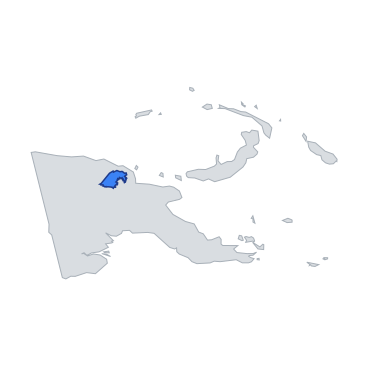 location of Middle Ramu District, Madang, Papua New Guinea, rotated 346°
{"feature_id": "67681753B72942369161331", "entity_name": "Middle Ramu District", "entity_type": "district", "adm_level": 2, "iso_a3": "PNG", "parent_name": "Papua New Guinea", "parent_adm1": "Madang", "projection": "mercator", "projection_center": [144.728, -4.954], "detail": "fine", "context": "in_parent", "style": "filled", "palette": "blue", "viewbox_px": 384, "rotation_deg": 346, "n_neighbors": 0, "source": "geoboundaries", "source_scale": "gbopen_adm2", "svg_char_len": 6225}
<svg xmlns="http://www.w3.org/2000/svg" viewBox="0 0 384 384"><g transform="rotate(346 192 192)"><path d="M45.5,243.7L45.5,199.7L43.3,196.4L45.5,188.6L45.5,114.7L49.7,115.1L69.9,124.1L83.6,128.8L95.4,130.9L106.4,138.3L114.5,138.7L126.6,149.1L131.4,149.8L139.9,158.4L140.4,165.5L139.5,169.9L152.5,174.1L164.9,180.1L171.6,180.8L175.4,182.9L180.0,188.0L180.9,194.9L178.2,196.1L166.6,196.0L163.3,198.3L168.0,209.1L178.5,219.0L186.4,223.5L188.8,232.5L192.8,235.3L195.4,242.4L199.5,243.1L207.5,242.0L208.8,245.0L207.6,249.5L208.8,251.3L223.5,255.1L218.6,257.4L220.9,261.6L230.5,265.1L236.5,266.5L240.1,266.0L235.9,268.1L232.1,267.5L231.4,268.1L233.0,269.8L236.1,271.7L232.8,274.1L229.6,274.4L223.7,272.9L218.5,268.4L202.4,266.4L196.8,264.5L192.4,265.2L179.4,262.7L175.1,259.6L172.3,254.8L164.6,249.1L162.8,246.3L163.5,242.5L161.4,243.1L157.0,240.4L145.2,222.9L139.2,220.5L124.3,217.5L122.1,214.1L115.2,212.8L113.6,215.1L107.9,216.6L103.1,214.9L98.3,210.7L104.0,220.3L102.0,220.3L102.9,221.8L101.8,222.0L95.6,221.4L97.5,225.4L87.3,227.6L79.7,226.8L76.0,227.8L74.5,227.7L72.6,224.8L69.8,225.3L72.1,225.4L75.1,228.8L81.4,228.3L87.6,230.9L92.9,236.6L92.6,240.6L78.5,247.9L70.2,244.7L58.3,245.6L54.0,244.4L48.6,245.8L45.5,243.7ZM259.2,146.5L262.1,148.4L265.0,146.4L270.7,148.9L269.6,158.4L267.8,161.0L263.0,162.0L262.4,163.4L265.5,169.0L264.2,171.0L260.1,173.1L253.2,172.9L251.3,176.7L247.5,180.1L232.7,186.9L216.5,187.5L211.2,183.3L205.6,184.0L198.1,179.1L191.8,177.1L190.6,175.2L190.7,172.7L192.4,171.3L203.6,171.5L210.7,173.5L220.0,172.3L222.6,170.8L223.6,164.7L225.1,162.2L226.7,163.3L224.8,168.1L226.9,172.3L233.6,171.0L237.8,172.0L241.1,170.8L245.7,164.2L249.5,161.2L256.2,159.6L256.1,154.8L253.7,148.1L254.7,146.1L259.2,146.5ZM340.7,195.3L339.9,197.5L339.4,196.8L336.0,198.8L332.1,198.2L328.6,196.0L325.9,192.2L325.8,187.8L322.0,185.9L317.1,180.4L316.1,176.7L316.5,170.7L323.7,174.2L331.0,184.6L338.0,189.3L340.7,195.3ZM285.0,149.1L280.3,158.6L277.3,154.7L276.1,152.0L275.9,144.8L268.2,133.9L260.4,130.3L244.3,119.1L238.0,117.3L239.6,116.8L239.6,114.0L247.5,119.9L252.4,121.3L258.9,125.8L263.4,127.4L282.8,144.3L285.0,149.1ZM157.5,102.2L172.6,102.6L172.9,103.9L170.9,104.0L168.3,106.3L159.3,105.7L155.3,106.8L155.0,105.2L156.5,104.7L156.3,103.1L157.5,102.2ZM233.7,248.3L236.5,249.9L238.9,249.7L240.6,251.6L240.9,254.7L240.0,255.4L239.3,254.4L231.9,253.8L233.3,252.1L231.9,248.5L233.7,248.3ZM231.9,115.8L226.6,115.7L222.6,112.1L227.8,110.3L231.8,112.0L231.9,115.8ZM244.6,261.7L248.1,259.8L248.9,260.5L247.6,265.2L242.2,263.2L238.6,255.5L244.6,261.7ZM272.9,241.5L278.7,240.7L281.5,242.7L282.3,243.5L281.8,245.5L276.9,244.7L272.9,241.5ZM286.4,287.9L297.4,293.1L293.3,294.0L289.9,292.6L289.5,291.3L288.1,291.7L288.8,290.8L286.4,287.9ZM184.4,178.3L179.6,174.3L179.9,171.7L185.0,174.0L184.4,178.3ZM230.1,251.2L228.7,251.3L225.5,248.6L227.4,245.5L229.6,246.6L230.1,251.2ZM314.9,170.5L312.8,164.1L314.6,162.2L316.5,166.3L314.9,170.5ZM167.7,170.5L164.3,168.0L166.8,165.7L168.3,166.9L167.7,170.5ZM218.7,93.9L216.8,94.4L214.4,92.3L215.1,90.0L217.9,91.5L218.7,93.9ZM145.6,154.8L143.6,157.1L142.2,155.4L144.4,152.8L145.6,154.8ZM245.3,229.8L245.5,237.5L243.9,235.9L244.7,232.8L243.1,231.9L245.3,229.8ZM94.2,231.8L97.4,234.9L89.5,229.9L94.2,231.8ZM97.0,231.0L92.6,229.7L91.8,228.7L96.9,229.2L97.0,231.0ZM307.7,288.6L307.4,289.7L304.5,289.9L302.6,288.3L304.4,288.7L304.1,287.6L307.7,288.6ZM275.3,123.3L275.5,126.8L273.4,124.3L275.3,123.3ZM264.7,121.4L263.9,122.3L261.8,119.9L262.2,119.4L264.7,121.4ZM241.0,272.6L240.8,274.2L238.8,273.4L239.1,272.4L241.0,272.6ZM262.9,118.7L261.4,119.1L261.7,116.7L262.9,118.7ZM180.7,107.6L180.9,109.3L178.7,108.9L180.7,107.6ZM295.5,143.0L295.2,144.6L294.1,144.1L295.5,143.0Z" fill="#d9dde1" stroke="#a8b0b8" stroke-width="1"/><path d="M104.6,162.1L104.8,162.2L104.7,162.3L104.8,162.4L105.0,162.5L105.1,162.8L105.3,162.9L105.3,163.0L105.5,163.0L105.8,163.3L106.0,163.3L106.3,163.3L106.5,163.4L106.8,163.4L107.0,163.4L107.2,163.5L107.3,163.8L107.5,163.8L107.5,164.0L107.5,164.3L107.4,164.4L107.5,164.4L107.6,164.5L107.6,164.8L107.7,165.0L107.8,165.0L108.0,165.3L108.2,165.5L108.3,165.6L108.5,165.6L108.6,165.8L108.8,165.9L108.9,166.0L109.1,165.9L109.5,166.0L109.6,165.9L109.8,165.9L109.8,166.0L110.0,166.3L110.3,166.3L110.5,166.4L110.6,166.5L111.5,166.5L115.1,167.8L115.2,168.0L115.3,168.0L115.5,168.1L115.8,168.1L116.0,168.4L116.0,168.5L116.3,168.8L116.4,169.1L116.4,169.3L116.5,169.4L117.5,168.4L118.8,168.9L119.1,168.7L118.4,167.7L119.6,166.7L120.9,166.9L120.9,166.7L121.0,166.5L121.0,166.4L121.3,166.4L121.5,166.4L121.7,166.2L121.7,165.9L121.8,165.9L121.8,165.7L121.8,165.4L121.7,165.4L121.5,165.2L121.8,165.0L121.5,164.8L121.5,164.6L121.4,164.5L121.3,164.4L121.0,164.2L120.7,164.0L120.6,163.9L123.0,162.4L122.5,162.0L123.2,161.0L123.3,161.1L123.5,161.4L123.7,161.5L123.8,161.5L124.0,161.7L124.1,161.4L124.4,161.5L124.5,161.4L124.4,161.5L124.5,161.6L124.8,161.6L124.9,161.4L125.0,161.5L124.9,161.4L124.7,161.4L124.7,161.2L124.8,161.1L125.0,160.9L125.0,161.0L125.1,160.9L125.1,160.7L125.3,160.8L125.5,160.9L125.4,161.0L125.5,161.0L125.8,161.1L126.0,161.2L126.3,161.1L126.5,161.2L126.5,161.3L126.8,161.4L127.0,161.4L127.0,161.5L127.3,161.7L127.2,161.8L127.3,161.8L127.5,161.9L127.5,162.0L127.6,161.9L127.6,162.0L127.8,162.1L127.7,162.2L127.8,162.3L127.7,162.4L127.8,162.5L127.7,162.5L127.8,162.6L127.7,162.7L127.6,162.8L127.6,163.0L127.6,163.3L127.6,163.5L127.8,163.7L128.0,163.8L127.9,163.9L128.0,163.8L128.0,164.0L128.2,163.9L128.2,164.0L128.3,164.1L128.5,164.3L128.5,164.2L128.6,164.4L128.8,164.4L128.9,164.5L128.8,164.8L129.0,164.9L129.0,165.0L128.9,165.2L129.0,165.2L129.2,165.3L128.9,165.4L128.9,165.5L128.8,165.8L129.0,165.9L128.9,165.9L128.9,166.0L128.9,165.9L128.7,166.1L128.7,165.9L128.7,166.0L128.8,166.0L128.9,166.3L129.0,166.3L129.0,166.2L129.0,166.3L129.7,166.3L131.2,163.7L130.9,163.6L130.9,163.4L130.9,163.2L131.0,163.1L131.1,162.9L131.3,162.9L131.2,162.8L131.2,162.7L131.1,162.4L131.3,162.3L131.3,162.2L131.4,161.9L131.5,161.9L131.1,161.3L130.4,160.7L130.8,160.4L131.1,160.0L132.8,159.5L132.7,157.6L131.6,157.5L131.0,157.4L129.8,155.8L129.1,155.1L127.0,154.9L124.3,153.0L120.6,153.7L120.5,152.6L116.5,153.8L106.0,161.7L104.6,162.1Z" fill="#3b82f6" stroke="#1e3a8a" stroke-width="1.5"/></g></svg>